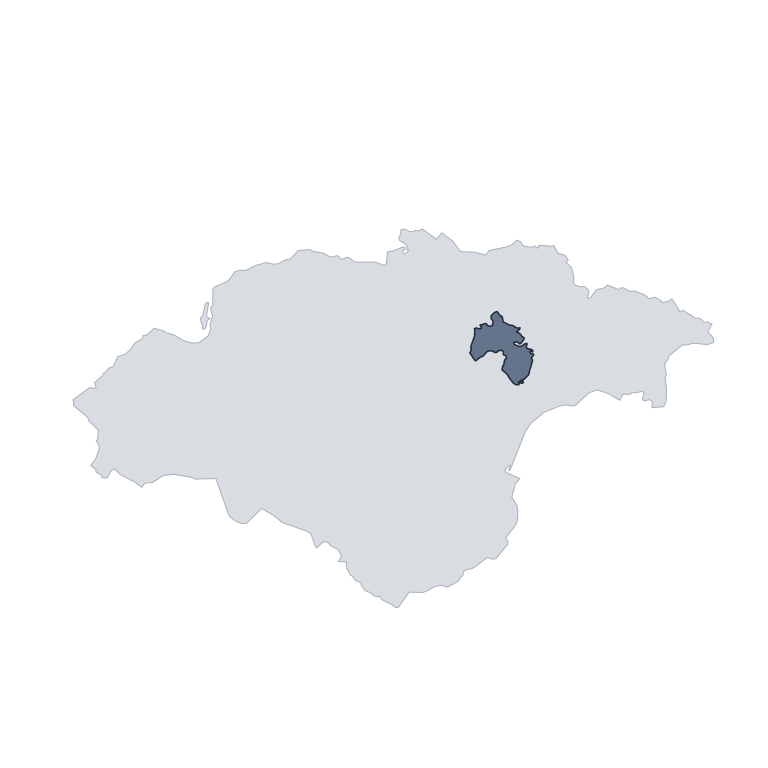 Iran, with Markazi highlighted, rotated 126°
{"feature_id": "IRN-3231", "entity_name": "Markazi", "entity_type": "Province", "adm_level": 1, "iso_a3": "IRN", "parent_name": "Iran", "parent_adm1": "", "projection": "equal_earth", "projection_center": [49.809, 34.588], "detail": "fine", "context": "in_parent", "style": "filled", "palette": "slate", "viewbox_px": 768, "rotation_deg": 126, "n_neighbors": 0, "source": "natural_earth", "source_scale": "10m", "svg_char_len": 5850}
<svg xmlns="http://www.w3.org/2000/svg" viewBox="0 0 768 768"><g transform="rotate(126 384 384)"><path d="M380.8,218.6L387.5,219.0L399.7,214.5L400.8,213.5L404.4,204.7L408.5,200.7L415.8,196.0L420.5,194.5L437.3,195.1L438.4,191.5L441.2,189.7L459.4,190.7L462.2,193.5L463.5,198.5L478.8,203.0L482.0,204.5L485.8,208.3L488.9,209.3L492.8,207.6L495.2,208.7L499.2,207.7L511.2,213.3L513.0,218.9L515.3,221.5L518.0,223.9L527.5,228.3L530.4,230.8L537.7,241.3L556.6,241.1L557.9,243.4L557.9,247.9L559.7,258.6L558.4,262.6L561.0,266.1L561.0,272.9L562.2,277.6L560.4,284.1L558.2,285.4L559.7,291.2L558.0,296.8L558.4,299.0L555.6,303.7L555.5,305.6L550.1,310.0L554.4,316.5L548.4,316.9L544.8,323.9L546.2,332.1L545.3,336.4L546.0,338.8L547.7,340.5L556.0,342.1L556.3,343.2L548.0,355.3L548.5,360.0L555.8,384.7L555.3,397.0L556.6,409.7L577.8,413.5L580.3,416.7L582.1,423.8L582.2,429.1L581.7,431.9L559.3,464.5L571.9,480.8L572.5,484.5L580.4,500.5L587.5,508.7L599.4,513.2L605.0,519.3L609.9,519.0L609.8,527.2L612.3,544.4L611.1,552.2L615.3,553.9L621.7,552.7L624.0,554.2L625.4,557.1L623.8,558.6L624.3,565.4L622.7,566.8L622.3,573.3L612.8,573.5L604.0,576.3L600.9,578.7L599.2,583.3L596.3,582.9L595.4,584.6L589.2,587.8L587.4,600.9L585.1,604.0L583.9,622.9L582.5,623.1L579.5,626.3L560.0,620.1L557.9,615.6L555.9,614.8L553.2,619.1L543.5,616.6L540.3,617.4L538.2,616.1L533.0,616.0L528.8,613.3L518.4,615.5L511.9,610.8L505.0,609.5L496.6,609.5L489.7,606.1L486.1,607.4L484.4,604.9L474.1,602.6L470.7,594.2L470.5,590.0L467.8,582.8L466.8,572.2L464.3,564.5L459.8,558.2L448.1,554.5L442.1,556.4L437.7,560.0L430.3,562.1L424.6,569.1L421.3,568.6L407.8,578.2L404.8,578.1L394.6,571.7L390.0,570.4L380.8,570.7L375.6,566.4L374.3,563.2L362.1,556.5L354.7,550.3L352.4,544.5L349.1,540.3L341.8,536.9L337.7,533.2L326.5,531.9L318.6,522.8L318.5,519.8L313.8,509.9L313.0,502.7L311.9,500.8L308.0,497.8L307.4,495.9L308.2,491.3L303.1,488.5L302.4,486.3L302.5,479.2L290.3,462.4L287.8,453.1L285.6,452.7L274.8,458.8L271.7,455.4L262.3,449.4L260.9,447.2L263.3,446.1L265.7,447.1L267.1,445.9L266.5,443.9L264.2,442.7L261.0,442.8L261.8,444.6L258.8,446.4L258.2,448.7L258.8,455.7L257.6,457.6L252.6,458.8L249.4,461.0L246.6,458.5L245.8,453.4L244.1,450.2L241.4,449.0L239.5,445.8L236.1,444.1L236.1,426.6L227.8,426.2L228.0,412.9L231.8,399.8L224.0,387.9L220.5,378.9L218.4,377.2L214.3,377.5L200.8,365.3L196.0,362.2L189.5,361.2L188.7,357.0L190.4,352.3L187.4,346.2L186.4,344.4L183.8,343.6L184.0,339.8L180.5,340.0L174.1,329.4L172.2,327.9L176.0,319.9L173.5,313.4L175.2,307.9L178.5,308.2L179.6,300.9L185.7,293.4L191.0,290.1L191.5,287.9L190.6,283.8L187.3,278.8L187.8,274.5L188.9,272.4L194.5,270.1L194.7,269.2L192.2,267.6L182.6,267.6L177.4,262.6L172.6,261.3L169.8,250.3L169.0,249.0L166.7,248.6L165.3,246.6L164.7,239.3L161.4,236.1L158.8,225.3L158.7,222.6L159.6,220.3L154.4,215.7L153.8,208.5L154.9,206.9L148.9,201.7L146.2,201.4L145.9,200.6L150.3,189.5L152.0,187.0L148.4,185.3L148.5,179.9L147.7,175.4L148.1,171.1L145.8,168.0L145.2,166.1L146.1,161.3L143.8,159.0L142.6,154.0L151.4,152.6L153.2,144.9L156.4,141.7L161.9,145.4L169.3,157.9L173.9,161.5L177.3,165.7L193.8,170.0L197.4,168.7L203.0,168.9L210.3,161.2L213.6,160.2L222.1,152.5L232.5,145.4L237.9,144.3L245.6,153.3L241.1,156.0L240.4,158.3L240.9,160.5L244.4,162.8L244.8,165.3L243.6,166.6L239.0,167.9L237.7,170.5L242.6,174.6L245.0,178.1L247.7,179.0L251.9,184.6L258.6,183.8L259.9,197.1L263.6,208.2L270.7,213.0L289.0,216.6L291.1,218.7L294.1,224.8L298.8,229.2L313.1,237.9L328.8,242.0L339.2,241.8L377.5,231.9L381.0,231.9L375.4,234.3L377.5,235.4L382.4,235.5L383.5,234.4L383.7,232.8L380.8,218.6ZM444.0,564.0L441.7,568.1L438.2,571.5L435.5,570.5L424.7,575.5L421.8,575.2L421.4,573.6L433.2,567.7L433.8,566.2L433.0,563.1L436.9,564.4L441.1,561.9L444.6,561.2L446.3,562.9L444.0,564.0Z" fill="#d9dde1" stroke="#a8b0b8" stroke-width="1"/><path d="M311.4,323.5L311.2,325.4L308.8,331.7L308.2,333.0L306.8,333.0L305.2,333.6L303.8,334.9L302.3,335.9L292.0,338.9L288.1,341.5L286.0,343.4L285.8,343.2L284.2,342.2L284.0,341.3L284.1,340.3L283.5,339.7L282.7,339.0L282.3,338.2L281.8,337.9L280.9,338.6L280.4,339.6L280.3,340.5L279.7,340.9L278.9,340.2L278.1,339.2L276.2,338.2L275.4,337.4L275.2,336.7L275.4,335.7L275.8,334.8L275.8,333.9L275.1,332.6L274.1,331.2L272.7,330.7L271.5,331.5L270.1,332.0L269.0,332.7L268.1,335.5L267.7,336.1L265.7,337.5L265.0,337.2L262.2,336.9L260.6,336.3L259.3,335.4L259.0,334.8L259.1,334.0L259.4,333.2L260.3,330.7L260.3,330.0L260.0,329.1L260.1,328.0L260.5,327.3L263.1,324.8L263.6,324.1L263.6,323.3L263.2,321.2L263.0,319.4L262.7,317.6L260.9,313.9L260.7,310.4L260.3,308.4L259.1,307.8L258.7,306.9L259.6,306.5L262.1,306.8L263.3,307.4L263.8,307.3L263.4,304.8L263.5,302.5L264.2,301.3L264.5,300.2L264.2,298.3L264.8,297.2L269.3,297.0L271.4,297.4L272.0,298.3L271.5,299.5L271.8,301.0L272.8,302.3L273.6,303.1L274.7,303.2L275.3,301.9L274.7,298.4L274.1,296.7L273.0,295.2L271.7,294.6L269.1,293.8L268.0,293.2L267.4,292.6L267.3,292.1L267.8,291.5L268.5,291.5L269.9,291.0L271.1,289.5L270.8,288.0L269.7,286.0L269.3,283.8L270.0,282.8L270.7,282.7L270.8,283.3L270.7,284.1L271.2,284.9L272.0,285.1L272.9,284.1L273.0,282.8L272.4,282.0L272.2,280.8L272.2,280.1L276.5,279.9L277.2,278.1L278.3,277.3L282.6,275.9L283.8,275.2L285.2,274.8L286.3,274.7L290.7,272.6L292.2,272.5L292.9,272.6L294.0,272.9L296.4,273.1L298.8,273.8L300.2,275.2L300.9,275.6L301.1,275.1L301.1,274.6L300.2,273.2L300.5,272.3L301.8,272.3L302.8,273.5L302.8,275.3L303.0,276.4L303.7,276.2L304.3,274.7L305.5,274.6L306.6,276.2L307.2,277.5L307.3,279.7L305.2,287.2L304.5,288.2L303.7,290.8L303.3,295.8L303.0,297.0L302.5,297.3L300.0,298.3L296.9,298.8L295.5,299.8L293.3,300.5L291.1,300.2L289.7,301.4L289.7,303.5L290.2,304.3L289.9,305.0L287.6,306.4L287.4,308.1L288.7,309.8L289.8,310.9L290.7,311.3L291.7,311.2L292.4,311.7L293.2,312.6L293.5,313.6L293.4,314.9L294.0,316.6L295.2,318.1L296.8,319.6L303.2,320.2L305.7,321.8L311.4,323.5Z" fill="#64748b" stroke="#1e293b" stroke-width="1.5"/></g></svg>